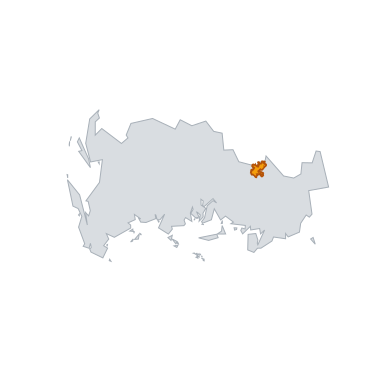 where Chelyabinsk sits in Russia, rotated 216°
{"feature_id": "RUS-2379", "entity_name": "Chelyabinsk", "entity_type": "Region", "adm_level": 1, "iso_a3": "RUS", "parent_name": "Russia", "parent_adm1": "", "projection": "orthographic", "projection_center": [60.252, 54.184], "detail": "fine", "context": "in_parent", "style": "filled", "palette": "amber", "viewbox_px": 384, "rotation_deg": 216, "n_neighbors": 0, "source": "natural_earth", "source_scale": "10m", "svg_char_len": 8322}
<svg xmlns="http://www.w3.org/2000/svg" viewBox="0 0 384 384"><g transform="rotate(216 192 192)"><path d="M317.7,191.0L315.5,204.0L314.6,200.4L310.4,197.4L311.5,191.9L303.7,181.1L302.3,190.3L277.6,189.8L275.6,198.1L278.7,199.4L281.7,211.6L267.1,228.3L242.5,233.0L244.0,243.5L231.1,245.5L222.5,257.5L210.1,253.8L202.2,257.3L190.9,244.6L183.7,250.3L171.9,244.0L153.9,251.0L156.0,255.1L150.9,259.6L153.3,264.7L127.3,258.8L117.9,263.1L114.5,270.6L120.2,280.4L111.9,286.2L115.7,298.1L112.1,300.0L84.4,276.3L98.4,261.7L81.9,244.6L82.3,240.6L86.1,240.5L85.7,230.6L81.5,222.7L87.8,212.2L91.9,213.4L88.8,209.2L99.6,203.5L98.5,199.3L103.2,187.1L106.0,185.0L106.4,179.5L112.9,177.9L121.7,190.7L116.0,195.9L110.4,191.8L109.1,188.9L107.7,188.0L110.9,203.9L111.9,198.4L115.8,202.2L122.2,195.8L124.6,198.6L126.4,187.9L129.9,189.5L130.5,192.2L127.3,193.3L129.2,196.3L141.9,189.2L140.8,192.0L150.7,192.2L152.4,186.2L164.1,191.5L160.0,180.9L165.1,173.0L166.8,173.6L166.7,178.5L171.6,189.8L169.9,197.4L165.7,197.6L171.1,199.0L173.5,187.8L175.3,186.9L177.6,191.3L180.5,191.4L177.0,186.8L171.2,186.9L170.7,181.4L168.3,178.3L169.1,172.6L171.8,178.3L175.5,178.8L176.4,178.5L171.5,175.8L173.9,173.2L180.4,174.0L180.9,178.6L182.8,180.1L181.0,174.0L174.8,168.1L182.2,167.5L181.9,164.6L178.6,162.3L178.8,160.0L188.4,152.2L186.1,150.4L186.4,144.1L198.0,143.3L201.1,158.0L201.6,150.8L203.9,149.1L207.4,151.9L208.0,152.2L208.4,151.9L205.6,149.2L211.3,140.3L215.8,137.5L219.6,139.3L217.7,140.1L225.4,140.0L221.7,136.3L225.6,129.4L222.2,129.2L220.4,126.8L228.2,109.7L236.9,108.0L231.7,105.0L231.9,96.6L227.3,97.0L225.4,86.3L238.4,84.0L241.2,85.7L240.9,87.9L244.0,90.8L242.2,86.0L248.1,84.1L248.4,87.1L263.1,96.9L266.8,107.5L274.4,111.7L280.0,110.6L300.0,128.7L281.2,123.6L257.3,103.8L266.1,112.9L261.6,111.9L263.3,117.1L270.5,123.4L272.6,122.5L272.5,145.4L283.5,165.5L291.7,156.7L306.6,168.9L317.7,191.0ZM159.7,158.8L147.2,172.4L144.0,170.4L150.1,162.6L159.7,158.8ZM288.5,152.0L307.6,158.3L305.4,160.8L314.2,165.2L315.0,169.5L295.1,158.0L288.5,152.0ZM140.1,177.8L146.9,172.8L145.1,177.7L147.9,182.6L140.1,177.8ZM210.0,127.1L207.7,122.4L210.6,119.9L210.0,127.1ZM174.7,140.6L180.5,142.3L174.9,143.2L174.7,140.6ZM171.7,138.2L174.9,137.8L172.1,140.9L171.7,138.2ZM180.5,140.5L184.7,141.0L182.5,145.4L180.5,140.5ZM212.0,119.5L211.2,117.4L212.3,115.5L212.0,119.5ZM61.6,222.2L68.4,223.7L67.3,226.4L61.6,222.2ZM143.9,144.4L145.8,144.0L142.1,144.9L143.9,144.4ZM216.6,125.4L219.4,123.8L218.1,127.2L216.6,125.4ZM136.9,187.8L134.6,189.3L133.9,187.9L135.2,186.2L136.9,187.8ZM147.4,143.7L149.0,143.1L149.8,143.9L147.4,143.7ZM152.7,143.8L152.0,145.3L150.8,144.8L151.1,143.8L152.7,143.8ZM154.3,144.0L153.0,143.8L154.9,143.3L154.3,144.0ZM149.8,183.7L150.7,186.8L149.0,184.5L149.8,183.7ZM174.5,141.6L173.9,142.9L172.6,142.2L174.5,141.6ZM148.5,141.9L150.4,141.6L149.7,142.7L148.5,141.9ZM218.6,87.8L219.1,89.2L216.8,88.3L218.6,87.8ZM142.6,143.2L143.7,143.9L141.2,143.5L142.6,143.2ZM165.0,171.9L163.1,172.6L165.0,171.7L165.0,171.9ZM201.2,148.1L203.1,148.8L201.4,149.0L201.2,148.1ZM228.7,98.1L229.9,99.2L229.5,99.9L228.7,98.1ZM150.2,145.7L149.3,145.1L150.8,145.6L150.2,145.7ZM150.1,142.7L150.6,143.8L149.5,143.1L150.1,142.7ZM318.1,156.9L319.3,158.3L320.8,161.1L318.1,156.9ZM148.5,145.5L149.2,146.6L148.3,146.4L148.5,145.5ZM173.7,172.9L172.5,174.0L172.1,174.0L173.7,172.9ZM270.3,106.7L270.3,108.0L269.2,106.6L270.3,106.7ZM215.0,125.0L216.3,125.9L215.2,125.9L215.0,125.0ZM283.7,160.3L285.5,161.1L284.8,161.8L283.7,160.3ZM300.8,130.3L303.3,132.7L302.7,132.9L300.8,130.3ZM147.0,145.7L146.1,145.9L145.9,145.6L147.0,145.7ZM173.9,170.3L174.0,171.7L173.6,171.4L173.9,170.3ZM208.7,127.4L209.4,128.3L207.7,127.4L208.7,127.4ZM322.0,165.6L320.6,161.9L322.4,165.9L322.0,165.6Z" fill="#d9dde1" stroke="#a8b0b8" stroke-width="1"/><path d="M158.9,250.2L158.7,250.2L158.4,250.2L158.4,250.3L158.5,250.5L158.4,250.6L158.1,250.5L157.9,250.6L157.7,250.5L157.3,250.7L157.1,250.7L157.1,250.9L157.2,251.1L157.0,251.3L157.0,251.5L156.7,251.2L156.8,251.0L156.8,250.9L156.7,250.9L155.7,250.9L155.8,251.3L155.4,251.2L155.2,251.0L154.8,251.1L154.7,251.2L154.3,250.8L154.1,250.8L153.9,251.0L153.9,251.3L153.7,251.4L153.7,251.2L153.3,251.3L153.2,251.4L153.3,251.5L153.5,251.6L153.8,251.8L153.6,252.1L153.4,252.3L153.4,252.5L153.1,252.5L153.6,252.7L153.7,252.9L154.0,252.9L154.6,252.7L154.6,252.8L154.7,253.1L154.3,253.4L154.2,253.3L154.0,253.1L153.9,253.1L153.8,253.4L153.7,253.6L153.7,253.9L153.8,254.0L154.3,254.1L154.6,254.3L154.9,254.2L155.2,254.5L156.0,254.6L156.1,254.9L156.1,255.2L155.9,255.3L155.7,255.4L155.4,255.2L155.0,255.3L154.9,255.4L154.5,255.1L154.2,255.2L153.8,255.1L153.7,255.1L153.6,255.3L153.3,255.3L153.5,255.5L153.1,255.9L152.9,256.1L152.6,256.3L152.5,256.6L152.9,256.7L152.9,257.2L153.2,257.3L153.3,257.7L153.5,257.9L153.1,258.3L152.8,258.4L152.7,258.6L152.1,258.7L151.9,258.8L151.7,259.0L151.4,259.4L150.9,259.4L150.8,259.2L150.6,259.1L150.6,258.9L150.7,258.6L150.9,258.6L151.0,258.4L151.2,258.2L151.3,257.9L151.2,257.6L150.7,257.6L150.5,257.3L150.4,257.3L150.1,257.5L150.0,257.4L149.7,257.4L149.6,257.5L149.4,257.3L149.0,257.3L148.8,258.0L148.5,257.9L148.3,257.8L148.3,257.5L148.0,257.4L147.9,257.5L147.7,257.2L147.9,257.1L147.9,256.9L147.7,256.8L147.6,256.6L147.8,256.3L147.8,256.1L147.7,255.8L147.8,255.6L147.9,255.4L148.0,255.2L148.4,255.1L148.1,254.9L148.1,254.4L147.9,254.3L148.0,254.0L148.1,253.8L148.1,253.1L148.2,252.9L148.0,252.7L148.1,252.1L148.2,251.9L148.2,251.6L148.3,251.4L148.2,251.3L148.3,251.1L148.5,251.2L148.8,251.1L149.1,250.5L149.2,250.3L149.4,250.3L149.7,250.2L150.0,250.4L150.1,250.5L150.2,250.2L150.4,250.0L150.3,249.8L150.1,249.6L150.2,249.4L150.3,249.2L150.1,249.0L150.2,248.8L150.4,248.7L150.6,248.5L150.6,248.3L150.7,248.1L150.8,247.8L150.7,247.6L150.4,247.5L150.3,247.4L150.0,247.3L150.0,247.5L149.8,247.6L149.7,247.8L149.5,248.1L149.2,248.2L149.0,248.5L148.6,248.4L148.6,248.5L148.0,248.7L147.8,248.8L147.5,249.1L147.3,248.9L146.9,248.7L146.6,248.8L146.5,249.0L146.3,249.1L146.0,249.3L145.8,249.3L145.8,249.1L145.6,248.9L145.4,248.9L145.5,248.5L145.1,248.3L145.1,248.1L144.9,248.2L144.6,247.9L144.3,247.7L144.1,247.5L144.1,247.3L144.3,247.0L144.2,246.8L144.1,246.5L144.1,246.4L144.4,246.1L144.3,245.8L144.4,245.7L144.6,245.7L144.8,245.4L145.0,245.4L145.4,245.6L146.0,245.6L146.3,245.8L146.5,246.0L146.3,246.2L146.1,246.1L146.2,246.5L146.2,246.8L146.0,247.0L146.4,247.0L146.3,246.7L146.6,246.5L146.5,246.4L146.9,246.1L147.0,246.2L147.1,246.3L147.0,246.5L147.1,246.8L147.4,246.8L147.4,247.0L147.6,247.1L148.1,246.8L148.1,246.7L147.9,246.4L147.6,246.3L147.5,246.2L147.8,246.3L147.9,246.2L148.1,246.0L147.9,245.9L148.2,245.8L148.3,245.7L148.2,245.6L148.4,245.5L148.5,245.6L148.4,245.9L148.5,245.9L148.9,245.5L149.0,245.4L148.9,245.3L148.9,245.2L149.0,245.0L149.3,245.0L149.4,244.9L149.7,245.0L149.9,244.8L150.1,244.6L149.7,244.5L149.6,244.3L149.2,244.5L149.1,244.4L149.4,244.2L149.2,244.0L149.3,243.7L149.0,243.6L148.9,243.6L149.0,243.4L149.1,243.1L149.0,242.7L149.3,242.4L149.3,242.2L149.0,242.2L148.9,242.1L148.7,242.1L148.6,241.9L148.9,241.9L149.0,241.7L148.9,241.5L149.1,241.3L149.3,241.3L150.2,241.5L150.4,241.8L150.7,241.7L151.4,241.9L151.5,241.9L152.1,241.8L152.3,241.9L152.6,241.8L153.0,242.0L153.1,241.9L153.4,241.9L153.6,241.8L153.5,241.7L153.4,241.4L153.5,241.2L153.8,241.4L153.9,241.2L154.1,241.2L154.2,241.4L154.3,241.4L154.4,241.5L154.6,241.4L154.9,241.6L155.0,241.8L155.1,241.7L155.2,241.8L155.2,242.0L155.5,242.1L155.8,242.2L155.8,242.3L156.0,242.6L156.0,242.9L156.1,243.0L156.2,242.8L156.3,243.0L156.2,243.2L156.1,243.4L156.3,243.4L156.5,243.4L156.6,243.5L156.8,243.8L156.8,244.1L156.8,244.3L156.6,244.5L156.8,244.5L157.0,244.7L156.9,244.8L156.6,244.9L156.7,245.0L156.3,245.2L156.1,245.0L156.2,245.3L155.7,245.6L155.7,245.8L156.0,245.8L156.0,246.0L156.1,246.3L156.3,246.3L156.2,246.5L156.1,246.9L155.9,246.7L155.6,246.7L155.6,246.8L155.6,247.1L155.9,247.4L155.9,247.5L156.0,247.6L155.8,247.8L155.7,247.9L155.7,248.0L155.9,248.1L155.9,248.3L156.0,248.3L156.1,248.2L156.3,248.3L156.6,248.2L156.8,248.0L157.0,247.9L157.0,248.0L156.9,248.2L157.0,248.3L157.2,248.2L157.3,248.3L157.7,248.2L157.9,248.1L158.5,248.1L158.6,248.3L158.8,248.5L158.7,248.8L158.6,249.0L158.5,248.9L158.4,248.9L158.4,249.1L158.6,249.2L158.4,249.3L158.4,249.5L158.6,249.6L158.8,249.9L159.0,249.9L158.9,250.2Z" fill="#f59e0b" stroke="#b45309" stroke-width="1.5"/></g></svg>